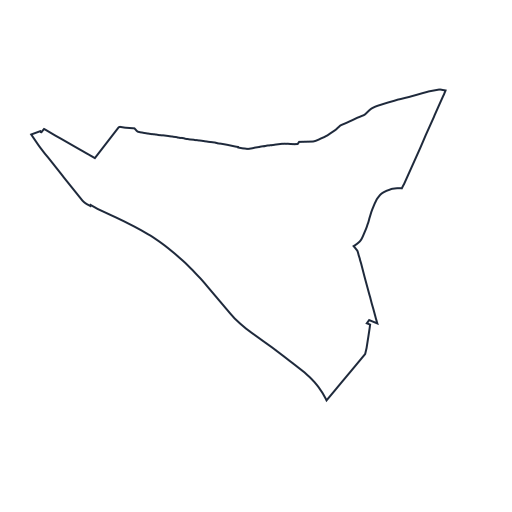 the district of Alblasserdam, Zuid-Holland, Netherlands, rotated 353°
{"feature_id": "6326949B80110375564043", "entity_name": "Alblasserdam", "entity_type": "district", "adm_level": 2, "iso_a3": "NLD", "parent_name": "Netherlands", "parent_adm1": "Zuid-Holland", "projection": "robinson", "projection_center": [4.666, 51.86], "detail": "fine", "context": "isolated", "style": "outline", "palette": "slate", "viewbox_px": 512, "rotation_deg": 353, "n_neighbors": 0, "source": "geoboundaries", "source_scale": "gbopen_adm2", "svg_char_len": 5988}
<svg xmlns="http://www.w3.org/2000/svg" viewBox="0 0 512 512"><g transform="rotate(353 256 256)"><path d="M308.4,407.9L315.7,401.1L324.6,392.7L336.9,381.2L352.4,366.6L354.5,360.9L357.7,349.7L360.1,341.1L360.9,338.0L357.8,336.3L360.5,333.4L368.2,337.7L367.8,335.4L367.8,335.0L367.4,332.9L366.9,329.0L366.8,328.8L366.8,328.4L366.0,322.8L365.1,317.3L364.3,311.0L363.8,308.0L361.2,289.9L359.4,276.1L358.7,272.2L358.7,271.4L357.9,267.2L357.9,266.8L357.5,264.2L357.3,263.5L357.2,263.0L356.3,261.6L355.6,260.4L354.1,258.1L355.8,257.3L357.8,256.2L358.9,255.5L359.8,254.9L360.4,254.5L361.1,253.9L361.8,253.2L362.6,252.3L363.5,251.0L364.4,249.6L368.5,242.5L369.6,240.4L370.4,238.6L371.5,236.5L372.3,234.6L372.7,233.6L373.1,232.5L373.7,231.2L376.0,226.0L376.4,225.3L377.1,223.9L379.7,219.3L380.5,217.9L381.2,216.9L381.9,215.8L382.8,214.4L383.9,213.2L385.4,211.7L386.5,210.6L386.9,210.3L388.0,209.5L389.1,208.9L390.0,208.5L391.2,208.0L392.7,207.5L393.4,207.2L394.0,207.1L395.7,206.7L396.3,206.6L398.1,206.1L398.7,206.0L399.2,205.9L399.8,205.9L401.2,205.9L403.9,205.9L406.2,206.1L408.1,206.4L409.0,206.6L409.7,205.5L410.7,204.0L410.9,203.7L411.5,203.0L432.3,168.6L436.9,160.7L439.2,156.7L449.7,139.4L450.2,138.4L455.3,129.9L458.8,124.1L461.4,119.8L462.3,118.5L462.7,117.7L463.3,116.6L463.9,115.6L464.3,114.8L462.7,114.3L461.9,114.1L460.4,113.6L459.8,113.4L459.1,113.2L458.5,113.2L458.0,113.1L449.2,113.6L447.5,113.7L446.4,113.9L445.0,114.1L440.8,114.7L435.2,115.6L429.2,116.5L428.1,116.7L426.5,116.9L423.7,117.2L421.3,117.5L419.0,117.8L416.7,118.0L416.2,118.0L414.1,118.4L412.0,118.8L409.3,119.2L406.0,119.7L403.2,120.2L401.0,120.6L398.4,121.1L396.1,121.5L394.2,121.9L392.6,122.3L390.5,123.0L388.9,123.6L387.9,124.1L386.2,125.2L384.2,126.7L382.5,128.0L381.2,128.9L380.0,129.4L378.0,129.9L375.6,130.6L373.5,131.1L372.0,131.6L370.0,132.3L367.6,133.1L365.3,133.8L362.6,134.7L360.2,135.4L358.0,136.0L356.3,136.5L355.2,137.0L354.2,137.8L352.7,138.8L351.0,140.1L349.6,140.9L346.2,142.6L344.8,143.3L343.3,144.1L341.6,145.0L339.9,145.6L338.2,146.3L337.1,146.6L335.7,147.0L334.3,147.4L333.3,147.8L332.4,148.1L331.7,148.3L329.9,148.8L329.2,149.0L328.4,149.1L327.7,149.2L327.0,149.3L326.4,149.3L325.5,149.2L325.0,149.2L324.3,149.1L323.0,149.0L312.7,148.0L311.0,149.9L310.2,149.9L308.4,149.7L308.2,149.8L307.3,149.6L306.8,149.5L306.7,149.5L306.4,149.5L304.4,149.1L303.1,148.9L302.0,148.6L300.7,148.4L299.6,148.3L298.9,148.2L297.8,148.0L297.2,148.0L296.4,147.9L295.4,147.8L294.0,147.8L291.9,147.8L291.3,147.8L288.6,147.8L287.3,147.9L286.1,147.9L285.6,147.9L284.9,148.0L284.6,147.8L283.4,147.8L282.8,147.9L282.1,147.8L281.3,147.8L281.0,147.7L280.1,147.8L279.7,147.8L279.0,148.0L278.6,147.9L277.8,147.9L277.7,148.1L277.0,148.1L276.8,147.9L273.8,148.0L272.8,148.2L272.7,148.1L272.0,148.2L267.9,148.3L267.5,148.4L265.8,148.6L264.0,148.7L262.8,148.7L262.3,148.8L260.9,148.7L260.3,148.6L259.8,148.5L258.9,148.2L257.2,147.8L257.0,147.7L256.7,147.7L256.4,147.7L256.1,147.6L252.9,146.6L251.5,146.1L251.5,145.9L251.5,145.7L251.2,145.7L250.9,145.5L250.8,145.4L250.7,145.4L248.7,144.8L244.1,143.2L243.8,143.1L243.5,143.0L241.2,142.2L238.0,141.2L234.7,140.2L234.3,140.1L233.1,139.9L232.5,139.7L232.1,139.6L231.6,139.5L231.2,139.2L230.8,139.0L230.4,139.0L230.1,138.9L229.9,138.7L229.6,138.6L229.2,138.4L227.1,137.9L226.0,137.6L224.1,137.2L222.5,136.8L220.9,136.3L219.2,135.9L218.6,135.7L218.1,135.5L217.6,135.4L217.1,135.3L216.6,135.1L214.2,134.5L213.4,134.4L213.1,134.3L212.5,134.1L211.4,133.8L211.1,133.7L210.5,133.7L210.1,133.6L209.3,133.4L208.8,133.2L208.3,133.0L207.8,132.9L205.3,132.4L204.3,132.2L204.0,132.1L202.5,131.6L202.1,131.5L201.7,131.5L201.0,131.3L199.8,130.9L198.9,130.4L198.7,130.3L198.0,130.2L197.8,130.1L197.6,130.0L196.9,129.8L196.1,129.7L195.5,129.6L194.8,129.5L194.5,129.4L194.1,129.2L193.8,129.1L193.6,129.1L193.3,129.0L193.1,129.0L192.8,128.9L192.6,128.8L192.5,128.7L192.0,128.5L191.5,128.3L190.3,128.0L189.9,127.9L189.3,127.8L188.9,127.7L188.3,127.5L188.0,127.4L187.8,127.3L187.5,127.2L186.2,127.0L185.9,126.9L185.1,126.6L184.7,126.6L184.4,126.5L183.9,126.3L178.9,125.0L178.5,124.9L177.7,124.8L176.9,124.7L176.4,124.6L175.4,124.3L175.0,124.3L174.5,124.2L174.2,124.1L173.9,124.0L173.3,123.8L172.7,123.6L171.8,123.3L171.1,123.2L170.8,123.1L170.6,123.0L170.3,122.9L169.8,122.8L169.5,122.8L168.5,122.5L167.6,122.4L165.8,121.9L164.4,121.5L163.9,121.3L163.7,121.3L163.5,121.2L163.4,121.2L163.1,121.2L162.0,120.8L160.9,120.5L159.8,120.2L158.1,119.6L156.5,119.2L154.6,118.5L154.2,118.4L153.9,118.2L153.6,118.0L153.4,117.8L153.1,117.5L152.8,117.2L152.0,116.0L150.9,114.5L141.8,112.7L141.4,112.6L137.3,111.4L137.0,111.3L136.7,111.3L136.3,111.3L136.1,111.3L135.8,111.4L135.6,111.5L135.4,111.6L135.1,111.8L108.0,139.2L100.5,133.6L99.8,133.1L96.5,130.6L95.4,129.8L89.5,125.4L76.7,115.8L71.6,112.1L62.8,105.3L62.2,104.9L61.6,104.4L61.1,104.1L59.6,105.5L58.1,107.0L57.5,106.8L57.1,105.8L47.7,108.0L48.8,110.2L53.6,119.5L55.1,122.2L58.5,128.0L59.1,129.0L61.6,132.8L67.1,141.8L74.1,153.3L74.7,154.4L74.9,154.7L76.5,157.3L90.5,179.9L91.8,181.5L93.1,182.8L94.8,184.2L96.3,185.2L97.7,186.2L98.1,185.2L99.3,186.1L102.7,188.6L103.3,189.1L104.0,189.6L104.7,190.1L117.2,197.9L121.6,200.6L129.4,205.6L132.8,207.9L138.9,212.0L142.0,214.2L145.1,216.4L151.4,221.2L153.5,222.7L154.5,223.5L156.5,225.2L159.1,227.5L161.7,229.8L164.6,232.5L166.8,234.6L168.6,236.4L169.8,237.6L171.6,239.5L174.4,242.4L175.9,244.0L179.1,247.6L182.6,251.5L185.1,254.4L187.3,257.2L189.3,259.8L191.4,262.4L193.4,265.2L195.7,268.3L198.2,271.6L200.0,274.2L201.8,276.9L203.8,280.0L205.5,282.6L207.0,284.9L223.0,309.3L227.1,315.3L231.8,320.9L237.1,326.7L242.1,331.5L243.4,332.7L248.3,337.2L252.8,341.4L257.3,345.5L260.9,348.8L265.0,352.8L268.1,355.8L272.5,360.1L276.3,363.9L281.1,368.6L284.2,371.7L287.5,375.0L290.0,377.5L292.5,380.5L294.2,382.4L294.7,383.0L296.4,385.2L297.4,386.6L298.6,388.2L299.7,389.9L300.8,391.6L302.0,393.6L303.6,396.7L305.3,400.0L306.1,401.9L306.9,403.9L307.8,406.1L308.4,407.9Z" fill="none" stroke="#1e293b" stroke-width="2"/></g></svg>